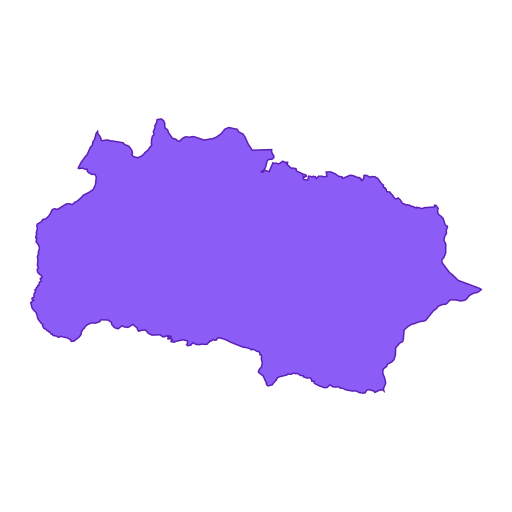 the district of Juchipila, Zacatecas, Mexico
{"feature_id": "50627088B56819749517987", "entity_name": "Juchipila", "entity_type": "district", "adm_level": 2, "iso_a3": "MEX", "parent_name": "Mexico", "parent_adm1": "Zacatecas", "projection": "orthographic", "projection_center": [-103.133, 21.378], "detail": "fine", "context": "isolated", "style": "filled", "palette": "violet", "viewbox_px": 512, "rotation_deg": 0, "n_neighbors": 0, "source": "geoboundaries", "source_scale": "gbopen_adm2", "svg_char_len": 6006}
<svg xmlns="http://www.w3.org/2000/svg" viewBox="0 0 512 512"><path d="M78.2,168.1L79.1,168.6L82.7,168.1L84.7,169.2L87.2,169.2L87.2,170.9L88.6,172.8L89.6,172.8L91.2,174.3L94.9,174.4L96.3,177.0L95.5,184.5L93.2,189.5L89.1,192.3L83.3,195.2L81.5,197.4L77.1,201.2L74.8,202.2L72.4,204.6L69.1,203.7L66.3,203.9L57.5,209.4L54.8,208.8L53.5,209.0L52.1,209.8L50.7,213.0L48.5,216.4L45.0,219.4L43.5,219.1L42.3,220.0L41.5,221.6L37.3,224.1L36.8,225.8L37.4,228.3L36.2,233.0L36.8,233.7L35.7,237.1L35.9,237.9L36.8,237.9L36.1,241.9L38.3,244.6L39.5,247.9L38.2,252.8L38.7,253.5L37.4,256.4L37.9,260.2L37.4,265.5L38.5,267.8L37.5,268.7L37.2,270.0L37.8,272.6L39.2,273.6L39.4,274.3L41.0,275.1L42.1,277.2L41.9,277.8L40.5,278.2L40.2,278.8L40.9,279.9L41.1,281.2L39.5,282.1L38.8,285.3L37.7,285.5L37.5,286.7L36.2,288.0L36.0,289.8L35.0,289.8L35.4,292.0L34.0,293.8L34.0,297.2L32.3,297.9L31.9,298.7L32.2,299.5L33.6,300.3L30.7,302.6L32.1,308.0L34.2,310.8L36.3,312.6L36.7,314.7L37.5,316.3L37.3,317.2L38.4,319.6L41.5,323.6L42.6,324.0L42.7,326.2L44.0,328.4L46.0,329.3L47.0,330.6L48.1,330.8L48.6,331.8L49.9,332.2L51.3,334.1L52.7,334.3L52.9,335.4L56.8,336.2L57.9,337.1L59.2,337.2L60.6,336.4L61.6,336.5L67.3,337.9L70.5,339.7L71.2,341.3L73.8,341.2L78.9,337.3L81.0,334.7L81.4,332.0L82.6,329.8L84.2,328.3L85.4,326.3L87.7,324.5L91.5,322.9L95.1,323.1L97.1,322.6L99.7,321.7L100.8,320.0L102.2,319.8L107.9,320.0L111.4,322.4L111.8,324.6L114.0,327.1L114.9,327.8L118.1,328.8L121.6,326.1L122.5,326.0L123.9,326.8L127.4,327.4L128.7,327.1L132.7,324.4L137.1,327.9L137.6,329.9L138.8,331.2L141.9,330.2L144.8,330.1L145.8,330.4L148.4,333.4L152.0,335.1L160.0,334.8L162.8,336.8L165.2,336.6L165.9,335.8L167.4,336.3L167.7,335.8L168.2,336.3L169.0,335.7L169.6,336.4L171.1,336.2L171.2,336.9L170.0,336.7L169.6,337.7L168.2,337.6L167.8,338.4L168.0,338.9L171.4,338.9L172.3,339.5L172.3,340.2L171.1,340.8L171.1,341.7L174.4,342.2L175.6,341.4L183.2,339.8L187.6,341.0L187.5,343.3L186.6,344.8L187.6,345.7L190.7,345.2L192.8,342.7L195.8,344.3L197.3,344.5L199.2,344.7L201.8,344.1L206.5,344.4L207.7,343.8L208.2,342.6L209.4,342.2L209.7,341.1L211.3,341.0L213.0,339.5L214.5,340.2L216.2,340.1L217.7,337.9L219.8,337.9L225.1,339.4L230.4,342.1L243.1,347.2L246.4,347.6L249.5,348.5L250.8,349.1L251.2,349.9L253.3,349.2L257.1,351.4L258.9,351.6L260.0,353.6L260.0,354.8L261.0,354.7L261.5,355.9L261.4,359.6L262.3,362.7L261.5,366.8L259.4,369.2L258.5,371.5L258.5,372.3L263.3,376.1L265.5,381.2L266.7,382.9L266.2,383.7L267.1,385.3L268.3,385.9L272.3,384.8L273.4,383.1L276.4,380.0L277.2,378.0L279.3,376.8L286.8,375.0L288.2,373.9L289.6,374.3L292.4,373.9L293.5,373.0L294.5,373.1L295.8,373.8L296.8,373.5L298.2,373.7L300.2,375.4L303.6,375.8L303.5,376.9L307.0,378.0L309.7,377.8L311.2,378.8L311.8,381.2L314.2,381.2L313.9,382.2L314.5,383.4L319.6,386.0L324.5,387.7L327.3,387.4L329.7,385.0L330.5,385.0L332.3,386.6L335.7,387.1L338.6,386.7L340.3,388.1L342.9,388.3L345.7,389.8L352.8,391.1L354.4,390.8L356.7,391.2L359.0,392.5L363.2,393.1L365.3,392.8L365.9,391.3L367.3,389.9L369.3,389.7L373.7,391.0L374.9,392.4L379.6,390.1L382.8,389.9L383.9,390.9L383.4,388.8L385.5,383.7L385.6,382.1L384.3,376.8L383.0,374.3L382.8,371.0L383.6,368.6L386.3,366.8L387.7,364.0L391.7,362.0L393.9,359.8L395.4,355.1L395.7,347.8L399.7,343.1L402.7,341.5L403.4,338.8L404.0,330.6L405.1,329.0L408.4,326.2L412.4,323.9L413.9,323.8L419.1,321.8L424.4,320.9L426.0,320.1L433.3,310.9L436.6,308.5L438.3,306.2L442.5,304.5L445.1,304.3L446.6,303.7L450.1,299.9L456.2,299.9L460.2,301.0L464.6,300.3L466.5,299.0L469.4,295.5L470.7,294.7L473.9,293.1L477.6,292.4L481.3,289.6L479.9,288.5L458.2,280.4L453.1,275.4L449.5,272.5L442.3,263.0L441.8,260.8L442.0,259.7L443.7,257.8L445.7,252.9L445.8,244.0L444.2,241.0L444.0,239.5L444.8,236.1L446.5,233.5L446.3,229.9L447.5,227.2L447.3,226.2L445.5,225.2L445.1,224.6L443.1,218.4L441.1,216.3L439.5,215.3L438.0,213.5L437.5,210.7L438.2,208.4L435.9,205.3L434.5,205.3L434.5,207.0L424.8,207.6L421.9,208.6L417.9,207.4L417.4,207.8L416.6,207.3L415.9,207.9L412.6,206.3L411.4,206.6L409.5,205.0L408.2,205.2L407.2,204.7L405.9,205.0L404.8,204.1L402.6,203.5L400.2,199.8L398.0,197.9L397.5,198.5L395.4,198.9L394.7,198.6L392.6,195.2L391.1,193.9L390.0,192.1L386.7,191.6L386.1,189.3L385.7,188.6L385.1,188.5L385.0,187.7L383.1,187.1L383.5,185.1L381.9,184.1L377.8,178.5L374.9,176.7L371.0,176.6L369.9,177.3L367.1,175.6L364.5,175.2L364.0,175.4L363.9,177.9L362.1,180.6L361.1,180.2L361.0,178.7L358.9,177.4L358.6,177.9L353.0,175.6L350.2,175.2L342.7,178.4L342.0,176.8L338.7,176.3L335.0,173.7L330.7,171.9L326.2,172.0L326.9,176.2L324.4,176.9L321.8,176.2L318.6,176.2L316.4,178.4L315.2,176.6L314.3,176.9L313.6,176.2L312.2,176.8L308.8,176.1L307.6,180.1L303.8,179.6L303.2,176.5L304.4,177.2L306.5,176.2L306.0,175.0L303.4,174.2L296.4,170.9L296.0,168.6L292.0,168.0L291.3,168.3L286.6,164.0L287.4,163.6L287.6,162.3L284.8,162.3L283.2,161.3L282.3,161.4L280.2,163.2L278.1,163.9L276.2,163.1L274.4,163.4L272.9,162.8L269.1,171.7L264.7,170.2L263.1,172.0L261.8,172.3L261.3,171.8L263.5,170.3L265.4,167.8L267.0,161.4L267.8,160.0L269.6,159.3L271.9,159.3L273.8,157.8L273.9,156.1L272.4,153.8L271.6,151.8L271.7,149.6L252.3,150.2L248.2,144.1L245.2,137.4L243.1,134.1L238.9,132.0L237.2,129.3L228.7,127.5L224.4,129.4L223.7,131.0L222.6,131.8L221.5,133.5L216.3,137.2L213.1,138.4L212.6,139.0L210.6,138.8L204.4,140.1L194.4,136.8L192.5,136.6L189.6,137.2L185.5,136.8L182.5,138.3L179.3,141.4L177.0,140.5L175.8,139.1L172.5,138.4L168.5,132.6L167.6,129.8L165.3,128.1L164.8,127.1L164.8,123.6L163.7,120.8L161.3,118.9L157.1,119.6L156.7,122.3L154.8,125.9L155.1,127.8L153.3,131.5L154.0,134.0L153.6,135.3L152.5,135.9L151.7,139.1L151.3,143.5L151.8,145.4L150.1,146.9L148.3,149.8L144.9,152.6L143.4,154.6L140.9,156.4L137.9,157.7L135.8,157.3L132.7,156.1L131.9,155.2L132.5,153.3L131.7,150.0L129.0,146.5L127.9,145.7L124.7,144.7L123.2,142.8L112.0,140.9L110.4,141.0L108.4,140.1L106.4,140.0L102.3,140.7L101.1,140.0L100.7,137.6L98.9,134.8L98.0,134.4L97.6,131.4L96.1,133.5L94.5,139.6L92.9,141.8L92.3,145.3L90.3,147.4L86.9,155.2L86.0,155.7L80.9,162.7L78.2,168.1Z" fill="#8b5cf6" stroke="#5b21b6" stroke-width="1.5"/></svg>